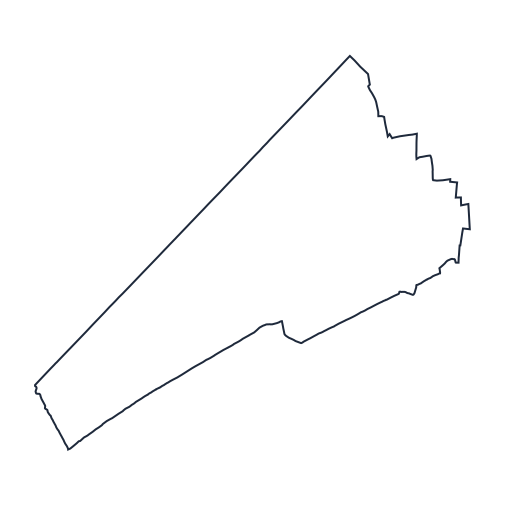 Bang Bon, Bangkok Metropolis, Thailand, rotated 184°
{"feature_id": "78962969B77948152062617", "entity_name": "Bang Bon", "entity_type": "district", "adm_level": 2, "iso_a3": "THA", "parent_name": "Thailand", "parent_adm1": "Bangkok Metropolis", "projection": "equal_earth", "projection_center": [100.393, 13.657], "detail": "fine", "context": "isolated", "style": "outline", "palette": "slate", "viewbox_px": 512, "rotation_deg": 184, "n_neighbors": 0, "source": "geoboundaries", "source_scale": "gbopen_adm2", "svg_char_len": 5843}
<svg xmlns="http://www.w3.org/2000/svg" viewBox="0 0 512 512"><g transform="rotate(184 256 256)"><path d="M467.4,111.9L467.4,111.7L467.3,110.9L467.2,110.8L467.1,110.7L466.6,110.4L466.4,110.3L466.2,110.2L466.0,109.8L465.9,109.6L465.7,109.1L465.7,108.9L465.7,108.6L465.8,108.0L466.2,106.7L466.3,106.0L466.4,105.6L466.4,105.4L466.1,104.5L465.8,103.8L465.7,103.6L465.4,103.4L464.8,103.4L463.8,103.3L462.9,103.4L462.6,103.4L462.1,103.1L461.7,102.6L461.5,102.3L461.4,102.1L461.3,101.8L461.2,101.2L461.0,100.6L460.6,100.0L460.2,98.8L459.9,98.3L459.2,97.2L457.4,94.4L456.8,93.4L456.0,92.2L455.9,91.8L455.8,91.4L455.9,90.7L455.9,89.7L455.9,89.4L455.6,89.0L455.4,88.9L455.1,88.7L454.3,88.4L453.8,88.1L453.5,87.9L453.3,87.6L453.2,87.2L453.0,86.3L452.9,86.0L452.5,85.4L452.1,84.8L451.1,83.6L450.5,82.9L449.7,82.4L449.6,82.1L448.7,80.1L448.1,79.1L447.7,78.7L446.2,76.1L445.9,75.7L444.9,74.1L444.2,73.1L443.8,72.3L443.4,71.4L442.7,70.3L441.8,69.1L441.6,68.8L441.2,68.5L440.7,67.9L439.7,66.1L439.0,65.0L437.8,63.1L437.5,62.7L436.4,60.9L435.2,59.1L434.4,57.5L433.3,55.6L431.3,53.0L430.2,51.0L430.0,50.3L429.9,49.9L429.5,50.2L429.1,50.3L427.9,50.9L426.7,52.0L425.0,53.6L422.5,56.0L421.5,57.0L419.9,58.8L418.8,59.1L418.5,59.2L418.3,59.4L415.2,62.7L414.5,63.3L413.3,64.0L411.5,65.2L410.3,66.3L406.7,69.2L403.8,71.9L400.9,74.0L398.5,76.0L398.0,76.4L397.1,77.7L393.4,80.9L390.2,83.0L388.9,83.8L388.5,84.0L388.3,84.1L382.0,89.1L378.1,91.9L377.4,92.8L376.3,93.8L375.6,94.5L371.9,96.7L370.6,97.8L369.6,98.8L368.4,99.6L367.1,100.6L365.6,102.1L363.0,103.9L360.6,105.6L359.3,106.6L359.0,106.9L356.9,108.5L354.6,110.0L354.4,110.0L354.2,110.3L353.2,111.2L351.9,112.1L351.6,112.2L351.3,112.4L350.5,113.0L350.0,113.5L346.8,115.7L346.7,115.7L346.5,115.8L346.5,116.0L344.4,117.2L343.4,117.8L343.1,117.8L342.7,118.1L342.3,118.5L342.1,118.5L341.9,118.7L341.9,118.8L341.0,119.4L340.5,119.9L339.0,120.7L337.3,122.1L336.8,122.4L335.9,123.1L335.1,123.5L332.8,125.2L331.2,126.2L330.6,126.6L327.1,128.7L325.6,129.6L325.4,129.8L321.7,132.4L317.9,135.2L312.1,139.5L308.6,141.9L301.9,146.2L301.6,146.4L301.3,146.6L298.9,148.5L297.9,149.2L297.5,149.3L294.6,151.0L290.5,153.9L290.4,154.1L287.0,156.5L283.8,158.7L282.1,159.9L274.2,164.8L272.4,166.1L272.0,166.6L268.9,168.5L268.7,168.6L266.7,169.9L265.2,171.0L263.4,172.5L258.0,176.0L257.9,176.0L257.6,176.2L257.5,176.4L255.2,177.9L252.5,179.6L250.1,182.0L247.5,184.8L244.9,186.5L243.7,187.2L242.6,187.6L241.3,188.3L240.7,188.5L237.1,188.9L236.7,188.8L236.3,188.9L235.0,189.0L230.5,190.5L228.5,191.4L228.3,191.5L228.0,191.8L227.3,192.2L226.2,192.7L225.6,192.8L224.2,187.6L223.7,185.6L222.7,182.1L222.2,180.2L221.6,179.4L220.4,178.4L217.6,176.8L215.7,176.1L215.3,176.0L212.5,174.9L210.6,173.9L205.5,172.4L205.0,172.3L204.8,172.3L204.3,172.5L203.1,173.3L202.8,173.7L198.1,176.6L196.2,177.7L192.2,180.3L189.8,181.8L189.0,182.4L187.7,183.2L187.1,183.5L186.7,183.6L185.2,184.3L183.7,185.2L183.0,185.7L181.3,186.7L181.1,186.8L178.4,188.5L175.3,190.2L173.2,191.2L172.8,191.6L168.7,194.3L166.4,195.6L162.6,197.8L162.2,198.1L158.3,200.2L156.2,201.4L153.5,203.0L150.9,204.7L148.6,206.3L147.4,207.2L145.8,207.9L143.5,209.2L141.1,210.9L138.1,212.6L134.4,214.9L131.8,216.5L128.5,218.4L126.8,219.3L125.8,220.0L124.5,220.6L123.7,221.0L123.2,221.4L122.7,221.4L122.1,221.8L118.2,224.2L115.1,226.0L112.8,227.2L111.1,228.1L110.9,228.3L110.7,228.9L110.4,230.3L109.8,230.5L109.2,230.4L108.6,230.3L105.5,230.6L104.2,230.4L103.0,229.8L101.9,229.5L100.7,229.4L99.7,229.0L96.9,228.2L96.7,228.2L96.2,228.5L95.8,229.1L95.3,230.1L94.0,235.9L94.0,238.1L93.8,238.3L93.3,238.4L92.4,238.7L91.1,239.5L89.6,240.2L88.8,240.9L86.8,242.5L84.6,244.0L84.3,244.3L84.1,244.3L83.6,244.5L83.4,244.8L81.8,245.7L80.6,246.2L79.2,247.3L78.3,248.1L77.0,248.8L76.3,249.2L74.7,249.9L73.5,250.4L72.3,251.1L71.5,251.6L71.2,251.6L71.2,252.4L71.8,255.3L72.2,256.6L72.0,256.8L68.5,260.3L67.2,261.7L65.9,263.5L64.7,264.7L63.4,265.4L61.5,266.4L60.8,266.7L59.6,266.8L59.1,266.7L58.5,266.6L57.8,266.7L57.5,266.4L57.2,266.0L56.4,263.5L56.1,263.3L55.9,263.3L53.5,263.5L53.6,265.4L53.6,266.3L53.7,268.0L53.7,268.4L53.6,271.1L53.6,271.8L53.6,273.2L53.6,274.1L53.6,280.7L52.9,280.8L51.8,294.3L51.4,297.9L44.6,297.6L46.3,311.0L47.8,322.7L50.2,322.1L54.9,320.8L55.3,324.5L55.7,328.7L58.9,328.4L59.4,328.4L60.8,328.2L60.6,341.0L60.5,343.4L67.5,343.6L67.6,346.2L74.8,344.6L80.8,343.8L84.6,344.0L84.8,344.3L85.1,345.9L85.6,351.6L85.7,352.4L85.7,354.3L86.3,358.4L87.0,361.4L87.6,364.4L87.7,365.0L88.0,365.8L88.5,367.0L88.7,367.6L88.9,368.0L89.2,368.3L89.5,368.3L89.8,368.3L92.7,367.7L95.3,367.0L96.8,366.6L99.5,366.0L99.9,365.8L100.5,365.5L102.6,363.9L103.0,366.6L103.2,368.9L103.3,372.5L103.6,377.0L103.8,380.2L103.9,382.7L104.0,387.2L104.1,388.9L104.1,389.2L108.5,388.0L111.9,387.4L120.7,385.5L127.1,383.6L128.4,383.0L131.2,386.9L132.9,384.5L134.0,388.9L136.2,396.5L137.2,400.6L137.9,403.7L139.4,404.1L140.5,404.3L143.7,404.0L144.1,408.3L144.3,409.1L144.6,410.1L145.6,413.5L146.6,417.0L147.0,418.3L148.0,420.6L149.2,422.7L151.6,426.4L153.9,429.4L155.5,432.2L155.9,433.1L155.7,433.5L154.4,434.9L154.8,436.5L156.9,445.2L157.0,445.4L165.2,452.1L171.4,458.0L176.3,462.1L179.4,458.4L194.4,440.1L199.6,433.8L205.7,426.5L211.5,419.5L220.3,408.8L226.2,401.8L228.1,399.5L233.4,393.1L240.8,384.3L244.3,380.1L250.5,372.7L252.9,369.6L256.9,364.9L259.9,361.0L262.0,358.6L263.6,356.7L264.7,355.4L268.5,350.8L274.5,343.5L285.0,331.0L291.9,322.7L296.3,317.3L303.6,308.7L307.7,303.8L310.7,300.1L315.3,294.6L323.9,284.3L326.1,281.6L332.1,274.4L336.6,269.0L337.8,267.5L338.6,266.6L343.3,261.0L344.0,260.1L347.6,255.8L353.6,248.5L367.5,231.9L378.8,218.3L386.6,209.0L389.9,205.3L393.1,201.3L395.9,198.0L398.6,194.9L403.0,189.4L413.7,176.6L420.2,168.6L429.9,157.0L444.7,139.3L447.5,135.9L448.4,135.0L449.5,133.6L451.6,131.1L452.8,129.7L454.6,127.5L456.0,125.8L467.4,111.9Z" fill="none" stroke="#1e293b" stroke-width="2"/></g></svg>